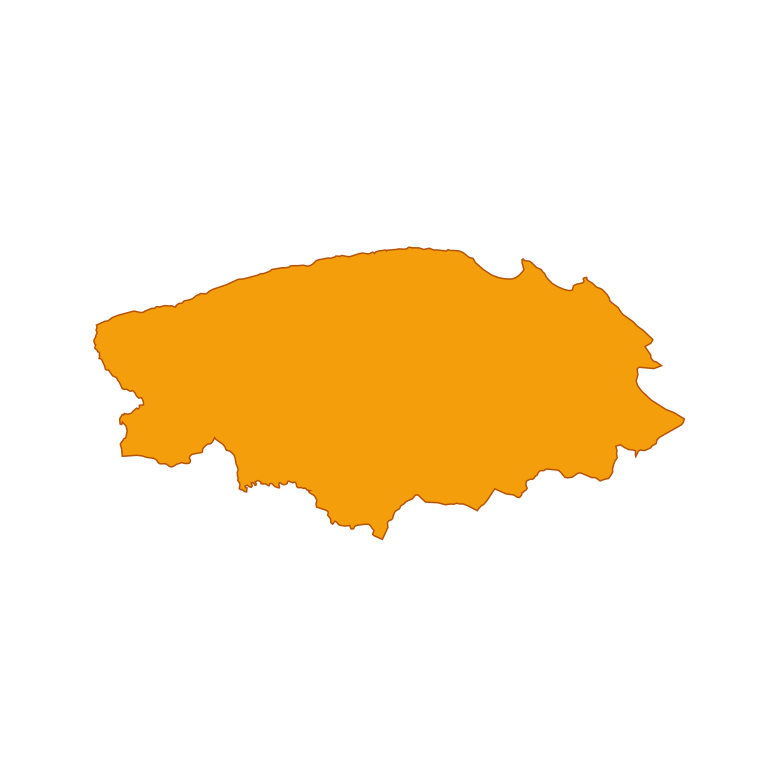 the Province of Eastern Cape, rotated 210°
{"feature_id": "ZAF-1926", "entity_name": "Eastern Cape", "entity_type": "Province", "adm_level": 1, "iso_a3": "ZAF", "parent_name": "South Africa", "parent_adm1": "", "projection": "natural_earth1", "projection_center": [27.087, -32.092], "detail": "fine", "context": "isolated", "style": "filled", "palette": "amber", "viewbox_px": 768, "rotation_deg": 210, "n_neighbors": 0, "source": "natural_earth", "source_scale": "10m", "svg_char_len": 6171}
<svg xmlns="http://www.w3.org/2000/svg" viewBox="0 0 768 768"><g transform="rotate(210 384 384)"><path d="M546.1,204.5L552.9,201.8L557.9,200.7L562.7,198.5L574.5,190.5L578.8,196.6L581.9,199.6L582.3,200.4L582.3,202.6L581.8,203.6L582.0,206.3L580.8,208.4L582.9,214.9L586.3,218.6L591.5,220.2L590.9,217.8L592.5,217.4L595.5,221.6L595.4,226.7L593.9,227.1L594.2,228.6L590.8,229.7L588.1,232.4L587.8,234.8L586.2,239.4L584.4,239.5L584.0,241.4L585.3,243.3L581.8,245.7L583.5,248.3L587.0,250.9L589.5,249.1L592.6,250.0L595.2,251.7L597.5,252.6L598.5,252.5L599.6,251.2L600.4,250.8L604.3,250.8L607.0,249.2L608.3,249.1L614.0,253.2L616.4,254.1L618.9,255.8L623.1,255.4L629.6,258.4L631.1,257.4L632.6,257.4L634.7,259.7L640.5,263.9L641.9,264.2L643.4,263.6L643.7,263.9L644.1,266.0L644.9,266.5L646.0,268.7L646.9,269.0L648.1,268.7L649.4,269.9L651.8,270.2L652.5,270.7L653.4,273.9L654.3,274.0L656.1,275.4L656.9,276.5L657.2,277.4L657.2,280.0L657.4,281.1L657.8,281.9L658.1,285.0L660.3,286.7L660.8,289.5L662.5,291.2L657.0,298.9L654.8,300.4L652.4,305.9L648.4,310.8L637.4,321.8L636.0,322.5L631.4,323.9L629.7,324.7L628.2,326.0L627.6,327.5L622.9,333.5L620.6,334.7L620.1,336.5L619.6,337.2L618.6,337.9L616.9,338.4L613.1,342.3L608.9,344.2L607.0,345.6L603.3,346.1L602.9,346.7L603.3,348.0L601.8,351.4L599.6,352.7L599.2,353.3L598.9,355.5L598.0,356.7L595.6,358.6L593.1,361.4L592.0,363.1L591.3,365.5L589.9,368.0L588.9,368.7L588.4,370.5L583.4,372.9L582.7,374.0L581.6,377.2L579.5,380.5L570.3,390.9L562.5,401.9L558.5,404.5L547.8,415.1L546.1,417.7L543.5,419.4L539.5,424.3L538.4,427.1L530.1,433.9L528.2,434.9L524.5,437.7L524.3,439.2L522.6,440.6L518.9,442.7L513.1,446.6L509.0,447.8L507.1,449.7L505.7,452.2L504.4,456.9L502.8,458.8L495.1,465.4L492.9,466.3L491.2,468.4L490.2,469.1L489.7,470.8L486.1,472.5L484.7,474.3L478.7,476.3L477.4,477.1L470.7,484.4L468.3,486.6L463.0,488.6L461.8,489.5L460.1,492.2L459.5,492.5L458.3,492.6L457.5,492.2L457.0,494.5L455.2,496.5L449.3,501.0L448.3,500.4L447.8,501.7L439.8,507.3L439.1,508.2L433.5,511.1L431.8,512.6L431.4,514.0L430.3,515.3L428.1,515.8L421.7,519.4L416.8,520.4L412.7,524.2L407.6,525.0L405.1,526.6L398.0,529.7L397.1,529.9L396.5,530.2L396.0,532.0L395.5,532.4L393.9,532.6L386.8,536.3L383.9,537.1L380.8,537.3L374.5,536.3L372.6,536.4L369.8,537.3L365.3,534.8L355.4,532.8L345.2,532.2L338.7,533.2L332.6,535.2L327.1,538.0L324.7,539.9L322.8,542.5L321.4,545.4L320.2,550.6L320.0,552.7L320.3,553.7L321.8,554.5L322.5,555.8L324.6,557.5L326.6,560.6L326.1,561.9L323.8,561.1L320.7,562.6L318.8,563.1L316.4,562.8L310.4,561.2L304.8,561.7L302.8,560.5L300.2,560.0L297.6,558.1L294.9,557.0L288.6,555.2L281.8,555.1L275.2,556.0L270.8,557.3L269.1,558.3L267.9,559.7L269.0,563.5L268.2,565.3L266.9,566.9L262.6,570.8L262.1,572.2L262.4,573.3L263.8,574.3L264.1,575.0L263.9,575.8L262.1,577.5L261.6,577.5L260.7,576.1L259.1,575.6L254.0,575.5L248.2,574.1L243.6,575.0L242.1,574.9L235.7,573.1L232.5,571.4L229.9,569.0L228.4,568.4L219.4,567.3L217.0,565.8L212.2,563.7L198.9,562.4L194.1,560.8L186.2,560.0L173.0,556.8L173.3,556.9L173.3,552.7L176.7,547.0L167.5,542.4L166.0,540.1L163.2,538.9L161.4,538.6L159.5,539.3L152.8,538.6L158.0,532.3L171.4,526.1L172.4,523.9L168.7,518.8L167.2,512.6L163.3,509.3L157.7,506.8L144.6,503.7L127.3,502.9L118.1,504.2L106.5,503.9L105.5,500.4L106.1,497.2L118.6,475.9L119.7,472.3L118.5,468.5L120.8,464.8L121.2,462.0L124.7,457.0L126.3,456.0L129.0,455.1L130.1,453.1L129.7,447.1L130.8,448.2L132.2,450.9L133.1,451.9L135.3,451.4L139.1,449.6L144.1,449.2L148.9,449.6L152.1,446.0L149.0,442.9L147.7,439.8L145.1,436.7L145.4,432.4L144.9,429.3L143.8,425.3L141.9,421.9L141.9,418.0L142.3,414.5L145.6,411.5L148.4,408.1L153.8,408.7L157.4,406.8L169.0,405.4L171.5,403.7L174.3,397.5L177.8,394.7L180.5,393.6L187.1,396.0L190.1,396.5L200.8,391.6L202.4,388.8L205.3,387.1L206.1,384.7L205.9,381.2L206.8,380.0L207.0,377.2L207.6,375.9L209.0,375.2L210.2,374.1L212.0,371.2L211.4,368.9L209.8,366.6L207.8,365.4L208.1,362.6L209.0,361.4L209.4,359.5L210.1,358.9L209.3,356.4L209.9,353.5L211.9,352.6L216.4,352.7L223.3,349.9L235.7,348.6L236.5,334.7L237.4,329.6L238.8,327.4L239.8,322.8L239.9,320.9L250.2,320.5L255.4,319.7L258.6,317.9L261.5,317.1L263.3,314.8L266.3,313.4L270.5,310.1L277.6,308.3L289.0,302.5L299.1,304.9L301.3,303.4L301.9,298.8L304.5,295.5L306.2,292.8L306.6,290.6L308.6,286.8L308.2,283.7L310.2,280.3L310.7,278.1L310.1,274.4L309.3,272.1L309.6,270.3L311.4,268.0L311.8,265.9L308.9,261.7L307.7,248.6L316.1,247.7L318.5,248.0L318.9,248.9L319.3,251.7L319.8,252.4L322.6,253.2L324.9,254.5L327.1,254.8L330.9,252.7L335.6,249.0L337.4,247.3L338.2,246.0L338.0,243.4L339.6,242.1L340.7,242.4L343.0,244.3L346.6,241.5L352.1,239.5L353.1,239.6L355.8,240.6L357.8,240.7L358.2,239.3L358.1,237.7L358.6,236.9L360.6,237.3L363.0,240.6L367.2,242.2L367.7,244.1L368.7,245.5L371.1,245.7L380.8,243.7L383.1,246.3L383.7,249.4L384.6,250.2L387.8,252.1L389.0,252.5L394.1,252.6L395.5,253.2L395.5,253.8L394.8,254.7L397.0,253.8L398.0,253.7L399.0,254.3L400.5,254.3L401.7,253.2L404.1,252.9L406.3,251.3L408.3,251.5L410.4,253.9L411.7,254.5L412.6,254.2L413.6,252.8L417.8,252.2L418.7,251.3L418.1,249.6L418.8,248.0L420.2,246.8L421.7,246.3L424.6,246.6L425.3,246.2L424.8,244.4L423.2,242.9L422.7,241.8L423.6,241.3L427.1,240.6L431.6,241.8L433.0,240.6L432.7,238.4L433.8,238.1L436.9,238.4L438.5,236.9L439.8,236.9L440.4,236.2L441.1,236.5L441.8,237.5L443.6,237.6L445.2,237.2L446.6,234.8L444.6,233.6L444.3,232.7L444.9,231.8L448.0,233.1L449.6,232.0L447.1,229.9L447.2,228.4L448.8,227.7L452.0,227.9L453.2,226.2L452.1,224.9L450.6,225.5L449.0,221.8L451.2,221.1L453.4,221.6L455.6,220.8L456.8,220.9L457.3,221.5L457.9,223.7L458.7,225.1L459.8,226.1L462.6,227.5L463.1,229.4L465.1,231.4L466.9,234.1L467.3,236.6L467.8,237.4L472.3,241.1L476.4,245.9L478.6,247.5L481.2,248.3L484.4,248.8L487.2,247.8L488.1,248.1L490.0,249.8L493.1,251.2L502.0,252.0L503.8,252.8L503.6,248.1L504.0,246.2L504.5,245.4L505.8,244.5L507.0,243.2L508.5,238.3L508.4,236.7L507.3,234.3L507.9,233.3L514.3,227.9L515.3,226.7L515.9,224.7L515.7,222.6L513.7,221.3L512.9,220.0L513.0,218.3L514.2,217.0L517.2,215.4L520.1,214.7L521.6,212.7L523.4,210.9L525.4,207.1L526.9,205.7L528.7,205.4L532.3,205.9L534.2,205.2L537.4,203.2L538.7,202.8L539.9,203.0L543.6,204.5L546.1,204.5Z" fill="#f59e0b" stroke="#b45309" stroke-width="1.5"/></g></svg>